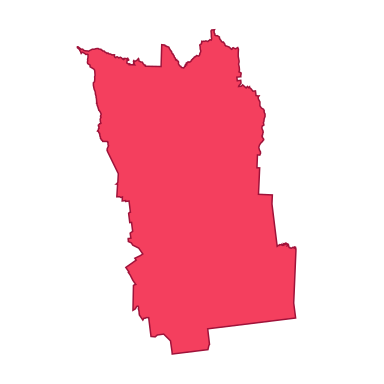 outline of Benalla, Victoria, Australia, rotated 173°
{"feature_id": "25037944B90980309349747", "entity_name": "Benalla", "entity_type": "district", "adm_level": 2, "iso_a3": "AUS", "parent_name": "Australia", "parent_adm1": "Victoria", "projection": "natural_earth1", "projection_center": [146.082, -36.59], "detail": "fine", "context": "isolated", "style": "filled", "palette": "rose", "viewbox_px": 384, "rotation_deg": 173, "n_neighbors": 0, "source": "geoboundaries", "source_scale": "gbopen_adm2", "svg_char_len": 6126}
<svg xmlns="http://www.w3.org/2000/svg" viewBox="0 0 384 384"><g transform="rotate(173 192 192)"><path d="M231.4,33.6L195.4,33.6L193.9,37.8L193.2,38.5L193.1,54.3L104.5,54.3L104.6,69.4L96.1,120.5L95.8,122.7L96.1,122.7L96.3,123.3L96.1,123.8L96.8,123.9L96.9,124.4L96.3,124.3L96.1,124.6L96.7,125.0L97.6,124.1L98.4,124.9L100.2,124.1L101.4,124.4L101.5,124.9L102.3,125.1L102.6,126.1L102.5,126.7L102.8,127.1L103.9,127.0L102.8,128.3L103.1,128.5L104.1,128.4L104.0,129.1L104.6,129.3L104.7,129.7L105.1,129.9L105.5,129.8L105.5,129.0L105.8,128.7L106.2,129.4L106.5,129.4L107.0,128.6L107.1,129.1L107.5,129.4L107.5,128.9L107.9,128.3L108.1,128.4L108.4,128.1L108.7,128.6L109.2,128.3L109.6,128.5L109.6,129.0L110.1,128.7L111.3,129.1L112.1,128.3L112.8,128.6L113.6,128.5L113.8,128.1L113.8,127.7L114.1,127.6L114.1,170.4L112.6,179.3L126.3,181.6L121.9,207.7L124.6,208.1L122.5,220.8L120.2,220.4L119.2,222.2L119.2,223.9L119.8,224.9L120.3,227.8L120.1,228.6L119.1,230.7L117.3,232.6L115.8,233.6L115.4,234.4L114.5,235.0L114.4,235.7L115.7,238.1L115.4,238.6L115.7,239.1L115.3,239.9L115.0,240.0L114.4,242.1L114.1,242.4L114.1,244.0L114.8,246.3L114.8,247.5L114.1,249.1L112.7,249.4L112.5,249.9L112.7,252.2L112.1,253.2L111.4,256.0L110.3,258.0L110.0,260.6L110.4,261.4L110.7,262.9L110.4,263.6L110.5,264.2L110.9,265.4L112.9,266.9L114.1,269.3L113.6,273.1L114.8,276.3L114.8,277.9L113.8,279.2L115.0,279.2L115.8,279.7L116.7,279.9L116.7,284.6L119.2,284.6L121.0,287.5L122.1,288.6L122.1,289.3L123.0,288.6L124.1,290.0L125.6,288.7L128.7,292.2L130.2,291.0L132.9,291.0L132.6,291.7L130.1,294.0L130.0,296.9L133.5,296.9L133.5,300.5L129.5,300.5L129.6,301.4L129.2,302.0L128.8,303.7L128.9,304.4L130.7,305.5L130.2,306.7L130.0,307.6L129.9,310.2L130.2,313.3L129.5,315.1L129.3,316.2L129.6,321.0L129.1,324.7L128.5,328.1L129.0,329.8L131.3,328.8L133.0,329.7L133.5,330.2L134.2,330.0L134.8,329.0L135.4,328.8L137.4,331.3L140.0,332.7L140.5,332.7L141.3,333.6L141.4,334.8L142.5,336.9L142.7,337.1L143.6,337.0L144.6,338.1L144.7,338.9L145.6,340.0L145.6,340.5L146.0,341.0L145.9,342.5L147.8,344.1L149.2,344.2L150.3,345.1L150.0,346.0L150.6,347.4L150.4,349.5L149.9,350.3L152.8,350.4L153.5,349.5L153.6,346.4L153.9,343.8L153.8,341.6L154.5,340.4L155.6,341.0L155.9,340.6L157.3,340.0L157.9,339.4L159.8,340.3L161.2,340.0L162.5,340.3L163.1,340.0L163.9,340.4L164.6,337.9L166.1,337.3L166.4,336.7L166.2,335.4L166.4,332.8L166.1,331.3L166.3,330.1L167.4,328.4L167.6,327.3L168.0,327.0L168.2,326.5L168.9,326.1L170.8,326.9L171.8,326.0L172.2,326.1L172.7,325.6L173.2,325.7L174.4,324.3L174.9,324.3L175.9,323.2L176.3,323.2L177.1,321.9L178.6,321.2L178.8,320.5L178.8,321.2L179.2,321.5L179.6,321.5L179.4,321.0L180.1,321.6L180.9,320.7L181.3,320.9L181.6,320.5L181.9,320.6L182.2,319.7L182.6,319.5L182.0,318.9L183.2,318.6L183.3,317.6L183.8,317.8L184.9,316.2L185.2,316.1L185.6,316.4L187.0,316.7L187.6,317.3L187.7,318.0L188.8,318.7L189.8,320.7L189.8,321.4L189.6,322.1L189.6,323.1L190.0,323.7L191.1,324.4L191.1,325.1L191.8,324.9L192.2,325.2L192.1,326.2L192.3,327.0L193.0,327.7L193.3,329.6L193.8,330.3L194.0,331.2L194.3,331.2L194.9,332.1L195.2,334.0L195.5,334.5L195.8,334.7L197.1,337.5L197.2,338.4L198.5,339.3L199.1,339.3L199.9,340.1L200.7,340.2L200.9,341.0L201.5,341.3L204.1,341.9L207.4,320.3L222.9,322.5L222.8,323.5L223.8,323.7L223.9,324.1L225.1,325.6L225.2,326.5L225.6,327.0L226.8,327.2L228.7,328.6L228.6,330.4L228.9,331.0L230.5,329.5L233.0,328.5L233.7,329.6L233.9,329.4L234.2,328.8L234.0,327.4L234.3,326.7L233.8,326.6L233.8,325.8L233.4,325.2L238.7,326.0L238.3,326.8L239.7,327.0L241.0,328.1L240.2,330.9L238.9,330.5L238.7,330.7L238.7,330.9L239.2,331.3L239.2,332.0L239.5,332.6L240.4,332.1L241.1,332.5L243.1,332.9L243.4,332.6L243.4,331.8L243.7,331.7L244.4,332.2L244.5,332.7L245.0,332.9L245.8,333.9L246.7,334.5L248.3,334.0L249.5,335.2L249.9,335.3L250.9,335.2L251.3,334.7L251.7,334.7L252.2,335.3L252.5,336.2L252.2,337.6L254.9,337.9L255.9,338.8L257.6,339.2L258.5,340.3L259.5,339.9L260.4,341.0L261.2,341.3L261.8,342.5L263.2,342.7L263.6,343.5L264.6,343.9L264.9,344.7L267.0,345.2L267.7,345.9L269.8,346.0L271.7,345.6L273.5,345.9L277.8,344.3L278.3,344.7L280.5,345.1L282.2,345.8L283.1,347.1L284.6,347.2L287.4,350.0L288.0,350.1L288.2,349.2L286.2,347.0L286.2,346.4L285.3,344.5L285.4,344.2L285.1,343.1L284.6,343.6L283.5,344.0L281.3,342.3L280.7,341.5L278.9,341.4L278.5,341.1L278.8,338.3L279.5,336.4L279.5,334.9L280.0,333.7L279.9,332.2L277.7,330.3L277.9,328.7L274.5,326.0L273.9,325.0L273.8,323.8L274.0,319.5L274.6,318.2L274.7,316.3L275.2,313.8L275.5,313.2L276.6,312.4L276.9,309.9L276.6,306.0L275.9,303.6L275.8,301.9L276.0,301.3L275.5,298.6L275.7,297.7L275.5,296.5L275.6,293.5L275.8,292.8L275.5,292.2L275.9,291.5L275.5,291.3L275.6,290.2L275.5,289.4L275.2,289.1L275.3,288.2L274.8,287.1L274.9,286.4L274.5,284.9L274.5,284.4L274.1,284.2L273.7,283.4L273.7,283.1L273.4,282.8L272.6,280.3L273.5,278.7L273.6,277.9L273.2,277.5L273.4,276.9L273.9,276.3L274.4,274.9L274.2,273.8L274.4,273.1L274.0,271.3L274.4,271.0L275.4,271.0L276.1,270.1L276.8,269.8L276.9,269.0L276.4,268.1L276.6,267.7L276.5,266.6L277.1,266.2L277.4,265.1L278.4,264.0L277.5,263.5L277.2,262.1L276.5,261.5L276.7,260.7L276.5,260.1L276.6,258.7L276.2,258.1L276.3,256.3L275.7,255.6L275.7,255.1L275.5,254.6L275.0,254.4L274.5,253.7L274.5,253.1L270.0,252.5L269.7,251.6L269.3,251.6L269.6,249.0L269.2,248.1L270.9,245.3L271.2,243.8L270.9,243.7L271.0,242.7L262.9,219.2L264.4,210.7L265.7,209.3L266.1,209.1L264.9,208.8L267.2,196.4L264.4,196.1L263.2,195.2L261.7,195.5L262.4,191.6L259.0,191.6L259.0,190.7L255.6,190.7L255.6,179.4L256.4,179.4L257.5,178.6L257.5,169.2L255.7,169.2L255.7,160.2L258.4,158.7L258.3,153.6L260.9,153.6L260.8,153.2L261.1,153.0L261.2,152.1L261.0,151.2L261.2,150.6L258.4,148.9L257.3,146.5L251.7,142.8L248.4,136.5L250.9,135.2L256.8,133.2L255.7,131.2L266.9,125.2L264.4,120.4L265.0,120.0L263.5,117.2L261.4,111.4L259.1,107.1L260.5,106.9L261.5,106.4L265.0,81.8L262.5,82.9L261.0,84.9L260.5,85.3L259.5,85.3L259.2,84.8L259.1,84.2L259.1,83.4L259.5,82.5L259.2,81.2L259.1,79.0L259.3,78.2L259.1,77.4L259.3,76.5L256.4,70.9L255.2,72.5L253.5,72.5L252.8,72.9L250.3,72.6L250.3,53.6L246.2,52.7L243.8,54.3L237.4,54.4L231.5,46.9L231.3,36.1L231.4,33.6Z" fill="#f43f5e" stroke="#9f1239" stroke-width="1.5"/></g></svg>